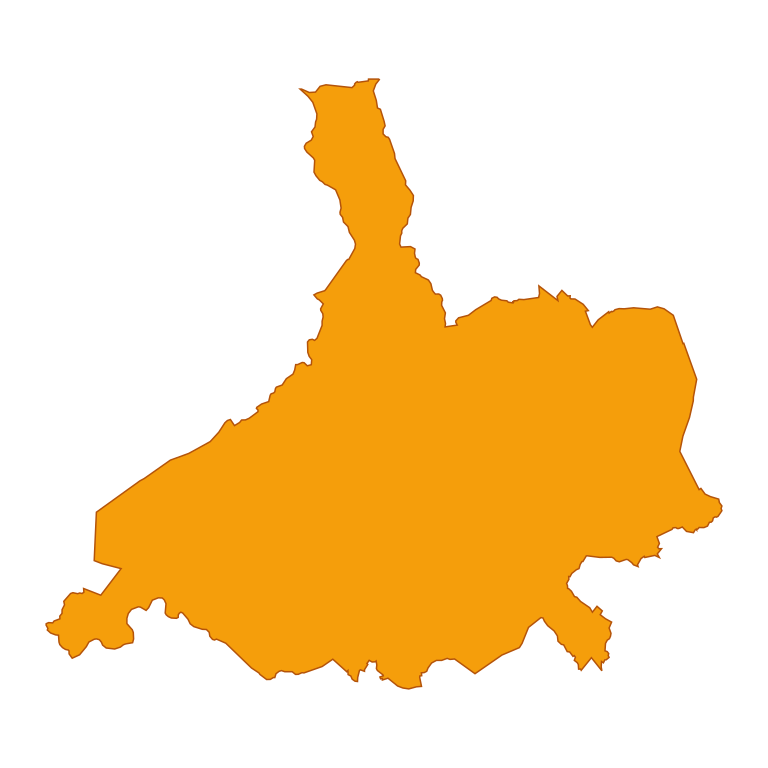 Pantepec, Puebla, Mexico
{"feature_id": "50627088B55522839668174", "entity_name": "Pantepec", "entity_type": "district", "adm_level": 2, "iso_a3": "MEX", "parent_name": "Mexico", "parent_adm1": "Puebla", "projection": "orthographic", "projection_center": [-97.891, 20.58], "detail": "fine", "context": "isolated", "style": "filled", "palette": "amber", "viewbox_px": 768, "rotation_deg": 0, "n_neighbors": 0, "source": "geoboundaries", "source_scale": "gbopen_adm2", "svg_char_len": 6073}
<svg xmlns="http://www.w3.org/2000/svg" viewBox="0 0 768 768"><path d="M72.2,658.2L79.6,654.8L86.3,646.7L88.9,642.0L94.3,639.2L96.5,638.9L99.4,639.7L101.4,642.2L102.6,645.1L106.2,648.0L114.7,649.0L120.4,647.1L123.5,644.7L125.7,643.9L132.6,642.7L133.6,639.0L133.3,632.5L132.3,629.8L126.9,623.6L126.9,618.3L128.3,613.5L131.5,609.4L138.3,606.8L140.4,607.1L146.1,610.4L148.6,607.7L152.3,600.2L158.3,597.8L162.3,598.0L164.3,599.9L166.0,603.7L165.2,613.0L166.2,614.8L168.3,616.6L171.3,618.0L176.5,618.3L178.2,617.4L178.3,614.8L179.3,613.2L180.9,612.2L182.7,613.0L188.0,619.2L190.2,623.8L193.8,626.6L202.3,629.3L206.4,629.5L209.2,632.3L209.8,636.2L212.5,639.4L214.5,640.0L216.5,639.1L225.8,643.2L251.5,668.0L258.9,672.9L260.0,674.5L266.6,679.5L270.4,679.4L273.2,677.6L274.8,677.6L276.0,673.7L279.1,671.3L281.5,670.6L284.7,671.7L292.2,671.7L295.5,674.4L298.3,674.3L301.9,672.7L304.0,672.9L322.2,666.5L332.8,659.2L346.8,671.8L347.9,670.6L348.1,674.6L350.8,676.0L352.2,679.2L355.0,681.2L357.5,681.5L357.7,677.5L359.4,670.7L360.3,669.8L364.5,671.3L364.5,669.7L367.8,664.4L366.9,663.5L369.1,660.6L368.6,660.0L372.1,662.0L375.2,661.8L376.1,661.0L376.8,665.0L376.4,668.6L377.4,670.5L382.9,674.8L383.3,675.8L379.9,677.0L380.6,678.8L382.4,678.5L382.4,680.0L388.0,678.2L397.6,686.0L402.9,688.0L408.8,688.9L416.5,686.8L421.5,686.4L419.7,677.5L419.8,676.0L421.7,675.7L421.4,672.8L424.2,672.6L426.7,671.3L428.0,668.0L431.6,663.0L436.4,660.4L441.6,660.4L447.2,658.4L450.0,659.4L454.6,659.0L475.0,673.7L502.0,655.0L519.4,647.6L522.1,643.3L528.5,627.4L540.9,617.6L543.0,618.0L544.4,621.2L547.7,625.7L554.1,630.9L557.4,635.9L558.0,641.2L561.3,644.3L563.7,644.9L567.2,651.6L569.7,652.0L573.0,656.4L574.2,655.6L575.4,657.2L574.3,660.4L577.2,662.6L578.3,664.5L578.6,669.1L580.6,669.1L581.2,670.3L591.4,657.7L601.9,670.8L601.2,666.9L601.5,661.5L603.4,662.8L604.9,659.8L606.2,659.8L609.1,657.4L608.2,655.5L608.7,653.6L607.2,651.6L605.0,650.8L605.5,643.4L607.3,640.1L609.4,638.7L610.5,636.2L611.0,633.3L609.1,628.0L611.6,622.1L605.4,618.7L600.2,614.7L602.3,610.9L597.0,606.3L592.4,612.2L589.7,607.7L580.6,601.5L576.8,597.2L574.5,596.6L571.4,591.2L568.7,588.7L567.6,588.4L567.5,585.8L566.6,583.4L568.9,579.4L568.7,576.5L570.0,576.7L571.8,573.4L576.4,569.7L579.0,568.6L580.2,564.4L581.9,561.6L582.9,561.5L586.3,555.9L587.2,555.8L599.9,557.4L611.7,557.2L613.8,558.2L616.2,560.9L619.3,561.8L626.2,559.4L627.9,559.7L631.8,562.7L633.5,564.8L638.1,566.6L637.5,564.8L641.0,558.6L644.2,556.3L644.8,557.5L654.8,555.4L659.3,557.5L657.3,553.9L661.5,548.7L658.8,548.7L657.6,547.2L659.4,543.5L656.9,536.6L672.0,529.4L673.1,527.8L675.9,527.6L677.2,528.5L678.8,528.5L682.3,527.0L686.5,531.4L693.5,532.7L695.1,529.9L696.0,529.4L696.6,530.0L696.5,529.1L697.7,529.1L699.1,527.5L703.9,527.6L707.5,526.1L709.4,522.3L711.3,522.1L712.6,520.8L713.3,517.9L715.0,516.9L716.5,517.1L718.0,516.4L721.9,510.7L721.1,508.5L721.9,506.0L719.4,502.6L718.7,499.1L710.4,496.6L705.1,494.1L700.9,488.4L699.1,489.6L679.8,451.4L682.9,436.2L689.5,417.5L693.3,400.8L693.4,397.1L696.7,379.3L683.8,343.3L683.0,343.6L673.3,315.3L664.1,308.8L657.4,306.9L650.2,309.2L633.6,307.8L624.2,308.8L619.1,308.6L615.0,309.7L613.8,311.0L612.0,311.8L611.4,311.4L609.1,313.1L608.7,311.7L598.2,319.8L592.3,327.3L590.4,324.7L585.4,311.2L588.3,310.6L583.2,304.3L575.0,299.0L570.9,298.9L570.0,298.0L570.2,295.8L567.7,296.0L561.9,290.4L557.0,296.4L557.9,300.6L538.9,285.9L539.5,293.7L538.6,297.5L523.9,299.6L518.9,299.3L517.2,300.6L513.9,300.8L513.6,302.0L512.8,301.8L512.9,302.9L508.3,302.2L506.9,300.8L501.5,300.2L498.6,298.9L497.1,297.3L494.6,296.9L491.8,298.3L491.1,300.5L475.7,309.7L468.4,315.3L458.6,317.8L455.8,320.9L455.8,322.2L457.2,325.1L445.1,326.9L445.5,323.5L444.5,318.7L445.4,312.9L441.6,305.3L441.8,301.7L442.5,300.4L442.3,298.5L440.7,295.2L438.8,294.0L435.4,294.1L433.8,292.3L432.4,290.3L430.9,283.7L428.4,280.0L421.4,276.7L420.1,275.0L415.4,272.7L415.7,269.4L419.2,265.1L419.3,263.1L418.0,259.4L416.0,258.4L415.3,257.2L414.5,253.3L415.0,249.0L410.5,246.6L401.0,247.1L399.6,244.0L400.5,235.8L401.8,233.1L401.7,230.8L402.8,228.3L407.3,223.9L407.9,218.2L410.4,214.5L411.1,207.4L413.2,200.9L413.4,195.5L409.9,190.1L405.5,184.9L405.7,180.8L395.0,158.5L394.5,153.5L389.6,139.4L388.2,137.3L385.8,136.7L383.1,133.9L383.1,129.4L385.1,125.9L384.1,121.3L380.4,109.3L377.5,108.0L376.3,100.4L373.3,90.9L375.8,84.1L379.3,79.6L378.7,79.1L368.5,79.1L368.3,80.9L358.1,82.3L357.3,81.7L355.9,82.5L354.6,84.0L354.6,85.2L352.0,87.6L326.0,84.8L320.1,86.3L315.5,92.1L309.3,92.5L301.6,89.1L300.1,89.1L308.0,96.3L312.8,102.3L316.9,113.9L316.6,119.2L315.6,121.9L315.0,127.0L311.5,131.8L313.2,136.5L311.3,140.1L306.2,143.2L304.4,146.3L304.6,148.6L306.9,152.1L313.3,157.9L314.7,160.3L314.0,172.1L316.0,175.8L319.7,180.3L322.4,181.8L325.0,184.4L327.3,185.1L335.6,189.8L339.9,200.0L341.1,208.1L340.0,212.2L340.2,214.3L342.6,217.4L343.5,222.0L348.0,226.6L349.4,232.4L354.4,240.2L355.5,244.1L354.8,248.5L348.8,259.4L347.6,259.5L346.3,260.7L325.7,289.6L324.7,290.7L317.1,293.1L313.9,294.9L317.3,298.9L319.3,299.9L323.3,303.9L320.6,308.9L320.8,310.4L322.8,313.7L323.1,317.0L322.1,321.2L322.1,325.4L317.0,338.3L314.6,340.4L312.4,339.3L309.3,339.8L307.5,342.0L307.8,352.4L309.2,356.4L311.7,359.7L311.3,364.7L307.3,365.8L304.1,362.7L302.2,362.5L297.6,364.6L295.7,364.6L294.7,370.0L293.0,374.1L286.4,378.6L282.2,385.0L276.4,387.1L275.5,388.4L274.8,391.8L273.6,393.0L271.1,393.8L270.2,395.2L268.7,401.6L261.6,404.0L256.8,407.3L256.4,408.4L258.0,410.0L258.0,411.7L249.1,418.3L245.5,419.9L241.6,420.0L239.6,422.5L234.5,425.6L230.4,419.5L227.4,420.5L224.9,422.8L218.8,432.2L210.2,441.6L188.8,453.4L170.4,460.1L144.1,478.6L140.0,480.8L96.4,512.2L94.2,560.6L102.2,563.7L121.1,568.6L100.8,595.2L83.6,588.5L83.9,592.2L82.1,593.5L79.7,593.0L77.7,593.7L72.9,592.7L70.6,593.5L63.8,601.3L64.5,604.9L62.1,609.6L62.0,613.4L59.8,616.1L59.9,618.8L54.1,621.0L52.7,622.9L48.6,622.6L46.2,623.7L46.1,625.1L47.9,628.4L47.3,630.0L50.6,633.0L55.6,634.9L58.5,635.2L59.0,642.1L59.8,644.6L62.5,647.6L65.4,649.4L68.4,650.1L69.0,650.9L69.1,653.9L72.2,658.2Z" fill="#f59e0b" stroke="#b45309" stroke-width="1.5"/></svg>